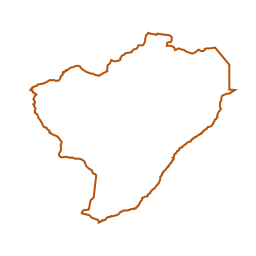 Dormaa East, Brong Ahafo, Ghana (Equal Earth projection), rotated 97°
{"feature_id": "2480657B16380673722667", "entity_name": "Dormaa East", "entity_type": "district", "adm_level": 2, "iso_a3": "GHA", "parent_name": "Ghana", "parent_adm1": "Brong Ahafo", "projection": "equal_earth", "projection_center": [-2.665, 7.264], "detail": "fine", "context": "isolated", "style": "outline", "palette": "amber", "viewbox_px": 256, "rotation_deg": 97, "n_neighbors": 0, "source": "geoboundaries", "source_scale": "gbopen_adm2", "svg_char_len": 5795}
<svg xmlns="http://www.w3.org/2000/svg" viewBox="0 0 256 256"><g transform="rotate(97 128 128)"><path d="M225.4,145.5L224.5,143.8L223.9,143.1L223.1,143.0L223.2,142.3L222.9,142.3L222.9,141.9L222.4,140.5L222.1,140.4L222.2,140.0L221.8,139.4L221.3,138.9L219.6,138.0L219.3,137.6L218.9,137.3L218.4,134.6L218.0,134.3L217.6,134.3L217.4,133.8L217.5,132.8L216.8,131.2L216.6,129.9L215.4,128.4L215.4,128.0L214.9,127.1L214.0,126.2L213.1,126.0L212.5,125.3L212.1,125.2L211.8,124.1L210.9,123.1L210.3,121.8L210.1,119.0L209.6,118.1L209.2,116.4L208.1,115.2L207.7,113.5L207.9,112.7L207.5,112.0L207.1,112.0L207.1,110.9L206.9,110.6L206.6,110.6L206.4,110.2L206.0,110.2L205.5,109.8L204.5,108.9L204.3,108.4L203.2,108.3L202.8,107.7L201.6,107.2L200.4,107.1L200.2,106.8L198.9,106.3L197.7,105.4L196.8,105.2L196.0,105.6L194.3,103.2L193.5,101.2L193.5,100.5L193.4,100.3L191.3,99.9L191.1,99.4L190.9,99.3L190.5,98.5L189.8,98.3L189.5,97.9L188.9,98.0L187.7,97.3L186.6,96.2L186.2,96.2L184.3,93.9L181.6,92.8L180.8,91.8L179.8,91.6L179.4,90.9L175.4,89.8L174.2,89.7L172.7,90.1L171.7,89.5L171.4,89.1L171.1,89.1L170.4,88.5L170.0,88.4L169.3,88.6L168.7,88.3L168.4,87.8L167.0,87.7L165.3,85.8L163.1,84.9L162.5,83.9L161.7,83.9L161.3,83.3L160.8,83.3L160.5,82.8L160.0,82.9L159.7,82.5L158.1,81.6L157.8,81.7L157.2,80.7L156.6,80.7L156.0,80.3L154.8,80.4L154.3,79.4L152.9,78.7L151.9,79.9L151.7,79.4L150.2,78.8L148.3,78.7L148.0,78.4L147.7,77.7L147.2,77.5L147.1,77.2L145.0,76.5L143.9,74.7L142.8,74.9L141.7,74.1L141.6,73.5L141.3,73.4L141.2,73.1L140.9,73.0L140.7,72.3L139.9,71.9L139.4,70.9L139.0,70.8L137.4,69.5L136.8,68.4L135.0,67.3L134.0,65.3L134.1,64.8L133.8,64.1L133.2,64.1L132.5,63.6L132.0,63.7L131.8,63.1L131.3,62.8L130.9,62.2L130.3,62.1L129.5,60.8L128.9,60.6L128.7,59.7L127.8,58.5L127.4,58.4L126.5,57.4L126.1,56.6L125.8,56.5L125.3,55.7L125.1,55.0L124.4,54.9L124.2,54.5L123.8,54.5L123.5,53.7L122.5,53.1L121.9,53.1L121.7,52.5L121.1,52.2L120.8,51.6L120.1,51.1L119.6,50.0L117.6,49.2L117.2,48.7L117.0,47.3L115.6,45.3L114.2,44.7L113.7,44.1L111.6,43.7L110.8,43.1L109.4,43.0L109.0,42.6L108.6,41.7L107.0,41.2L106.7,40.5L106.6,40.4L105.5,40.9L104.3,41.0L103.3,40.7L102.8,40.4L101.5,40.3L97.8,38.0L97.2,38.5L95.9,39.2L91.5,39.7L89.1,38.7L88.3,39.0L87.0,38.9L85.5,38.7L84.4,38.4L83.7,37.4L81.8,33.6L81.7,32.2L81.5,31.7L77.3,26.5L77.5,32.1L52.8,35.2L37.6,51.4L38.2,53.4L39.2,57.4L39.3,59.4L40.0,60.7L40.2,61.5L41.1,61.6L41.7,61.9L42.0,62.1L42.6,63.1L42.7,64.7L42.3,66.1L41.6,67.2L42.1,68.1L43.0,68.6L44.5,70.2L45.9,72.3L46.2,73.1L46.2,74.6L45.5,77.2L45.3,79.0L43.6,82.2L43.5,82.8L43.7,84.1L42.9,86.1L42.9,86.8L43.1,88.2L44.1,89.2L44.9,90.7L42.7,91.8L41.7,93.3L41.2,95.2L41.4,97.4L41.8,99.4L39.6,99.6L38.8,99.4L38.1,98.6L37.8,96.9L37.4,96.0L35.8,95.4L32.6,95.6L32.4,95.7L32.2,96.3L31.7,96.6L31.0,97.6L30.9,98.1L31.0,99.4L30.8,101.0L30.9,101.3L30.8,101.8L31.0,102.9L31.1,104.3L30.8,104.9L30.9,107.8L30.6,109.1L31.1,110.8L31.8,110.8L32.2,111.5L31.8,112.8L31.8,115.1L31.6,116.4L31.8,117.2L31.3,118.5L31.1,119.7L32.4,120.1L33.7,121.3L37.6,121.8L40.9,121.8L42.2,122.3L44.1,123.4L44.7,127.9L46.4,128.2L47.6,128.7L48.7,130.2L49.0,131.3L49.6,132.2L50.5,132.7L51.0,133.2L52.2,133.5L53.5,137.2L53.6,138.1L53.8,139.1L54.4,140.0L55.0,140.1L55.7,140.7L56.1,141.7L57.0,142.9L58.8,143.5L59.4,144.1L61.3,143.9L62.3,145.6L63.2,148.2L63.5,150.0L63.4,150.6L62.6,152.8L62.7,153.1L63.2,152.9L65.8,153.8L67.3,154.8L67.9,155.8L73.6,155.8L74.2,155.5L74.5,155.8L74.8,156.7L75.7,157.7L76.2,159.0L77.6,160.2L78.2,161.4L79.6,162.7L79.3,167.1L78.4,169.3L78.3,170.0L78.5,170.9L78.4,172.1L77.1,176.9L74.9,181.0L73.8,182.5L73.1,182.9L72.6,183.6L72.4,184.6L72.5,186.4L73.6,188.9L74.5,190.2L74.6,191.3L75.4,192.7L76.5,194.0L77.4,194.6L78.0,195.4L78.0,196.1L78.3,196.6L78.9,196.4L79.3,196.9L79.4,197.6L80.4,198.0L80.1,199.0L80.3,199.3L81.2,199.5L82.1,199.1L82.3,199.5L83.5,199.6L84.8,200.9L86.7,201.3L87.4,201.2L89.1,202.3L89.8,203.7L89.8,204.2L89.7,204.7L90.0,205.4L89.9,206.2L89.5,206.9L89.5,207.2L89.5,208.4L90.1,209.7L90.1,210.6L89.9,211.4L90.9,212.6L91.1,212.7L91.6,213.7L92.0,213.9L94.3,217.7L94.4,218.3L94.7,218.7L94.7,219.2L95.4,221.0L95.4,221.6L95.8,222.6L96.0,222.7L96.1,223.1L96.6,223.2L97.4,224.0L98.0,225.6L98.2,225.8L99.3,227.9L99.8,228.1L100.5,227.8L101.0,228.8L101.5,228.9L101.9,229.5L102.4,229.5L102.3,228.6L102.7,227.4L103.2,227.1L103.4,226.8L104.1,226.8L104.2,226.1L104.5,226.0L104.9,224.8L105.3,224.4L105.3,223.8L105.6,223.5L106.0,223.4L106.2,223.5L106.3,223.1L107.8,224.5L109.0,224.8L109.4,224.7L110.2,225.3L110.9,225.4L111.8,224.6L112.4,224.5L112.8,223.9L113.3,223.5L114.7,223.6L115.1,223.9L115.7,224.8L116.2,224.9L116.6,223.8L118.3,223.7L118.6,223.1L119.9,222.1L121.3,222.6L122.2,222.7L122.8,222.1L123.3,222.0L123.5,222.3L124.2,222.4L124.7,221.2L125.7,219.6L128.1,218.3L129.0,218.2L130.5,216.4L131.6,215.5L132.4,215.1L133.4,214.2L134.7,213.3L135.7,213.0L136.1,212.7L136.5,212.0L137.3,211.5L137.4,211.2L137.5,209.3L137.6,208.9L138.2,208.9L138.6,208.4L139.1,208.0L140.0,206.0L140.4,205.8L140.6,205.4L141.8,205.7L142.2,205.5L142.5,203.9L143.4,202.8L143.6,201.5L144.2,200.4L144.3,199.0L145.1,197.2L145.2,196.7L146.0,195.9L146.4,195.3L148.8,193.4L149.5,192.4L150.1,192.2L152.2,192.3L153.0,192.8L153.6,192.8L154.9,192.3L156.7,191.9L157.7,192.1L158.6,191.8L161.1,193.0L162.4,193.3L163.7,193.0L164.4,192.3L165.1,191.2L165.2,189.8L164.4,187.7L164.5,186.5L164.0,185.3L164.7,181.7L164.5,180.8L164.0,180.1L164.3,178.5L165.0,176.8L164.7,176.0L164.8,175.2L164.4,172.9L164.8,170.5L165.8,168.3L167.0,166.8L169.0,165.8L170.2,165.4L171.0,164.8L173.1,161.8L173.6,160.4L174.4,158.8L177.3,157.3L177.8,154.8L178.9,153.8L201.3,153.6L204.3,156.3L213.7,157.0L215.1,162.2L217.2,163.4L218.4,163.4L219.2,155.9L219.5,155.3L220.9,153.8L221.6,152.7L222.2,149.2L222.5,148.5L222.5,147.9L223.0,146.6L223.5,146.5L223.8,145.8L224.4,145.5L225.4,145.5Z" fill="none" stroke="#b45309" stroke-width="2"/></g></svg>